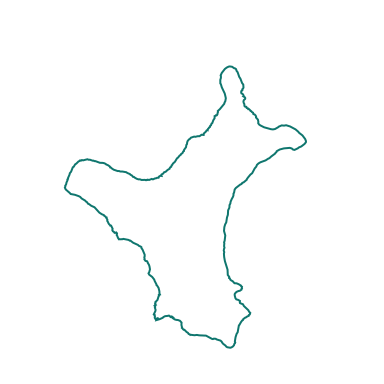 outline of Christmas Island, Australia, rotated 121°
{"feature_id": "25037944B52215188187413", "entity_name": "Christmas Island", "entity_type": "district", "adm_level": 2, "iso_a3": "AUS", "parent_name": "Australia", "parent_adm1": "", "projection": "orthographic", "projection_center": [105.63, -10.491], "detail": "fine", "context": "isolated", "style": "outline", "palette": "teal", "viewbox_px": 384, "rotation_deg": 121, "n_neighbors": 0, "source": "geoboundaries", "source_scale": "gbopen_adm2", "svg_char_len": 6015}
<svg xmlns="http://www.w3.org/2000/svg" viewBox="0 0 384 384"><g transform="rotate(121 192 192)"><path d="M265.2,81.4L264.3,82.9L263.0,88.8L262.0,90.5L262.5,93.6L262.1,94.1L260.7,94.8L260.7,96.9L261.2,98.7L260.7,100.0L258.9,101.9L257.8,102.7L257.0,102.9L254.7,102.4L253.0,101.2L252.0,100.1L250.2,99.3L249.4,99.7L249.0,99.5L248.7,99.9L247.5,100.3L247.3,101.7L247.0,101.9L247.0,104.5L247.3,106.7L248.3,108.6L247.5,111.3L247.6,112.7L247.4,114.0L246.5,115.2L246.6,116.0L245.5,116.5L244.7,118.6L240.3,121.5L234.3,128.2L231.2,130.9L228.4,132.9L226.9,133.4L225.9,134.6L224.1,135.3L223.1,135.4L221.9,136.6L219.3,137.9L218.6,138.6L217.0,138.9L212.1,141.1L208.9,144.5L205.4,146.2L202.7,146.9L200.4,147.0L195.8,148.9L193.1,149.5L189.1,151.6L186.1,151.9L183.9,153.1L182.1,153.2L180.5,153.9L177.7,154.3L175.0,154.4L173.6,154.7L172.0,155.6L170.9,155.6L167.9,156.7L166.0,156.5L160.6,154.4L159.9,153.8L158.7,153.5L158.3,153.6L157.1,152.7L153.3,151.4L152.8,151.6L151.0,151.5L147.0,150.9L144.9,150.1L139.5,150.4L137.2,150.0L135.3,150.3L133.2,149.7L131.2,148.6L127.0,145.2L124.1,143.8L123.2,143.1L120.8,142.4L116.4,140.6L115.5,140.6L114.5,140.2L113.4,140.4L110.4,138.7L107.3,135.7L103.8,130.9L103.3,128.9L103.6,127.3L103.1,125.8L100.1,123.8L98.7,123.3L96.7,121.8L92.9,120.3L90.7,120.0L89.7,120.5L88.3,122.3L86.6,126.5L86.1,130.7L85.6,132.0L85.0,135.5L85.3,141.7L86.3,145.7L87.7,147.3L88.7,149.4L91.3,151.3L91.9,151.4L95.3,153.3L96.7,154.9L97.5,156.7L99.4,163.5L99.7,167.7L99.6,169.2L99.0,170.6L97.5,171.4L96.0,172.8L95.2,175.5L94.2,176.0L93.6,177.1L93.3,178.3L93.6,179.5L92.6,180.5L92.6,181.9L92.2,182.8L92.4,183.5L92.1,183.8L91.6,185.8L92.0,186.5L91.5,187.0L91.8,188.4L91.0,189.3L91.5,190.3L91.2,191.4L89.7,192.4L88.9,193.7L87.8,194.6L86.5,194.9L84.9,194.4L84.1,194.7L83.6,195.5L83.6,197.1L83.2,196.9L82.1,198.4L81.9,199.4L82.0,200.4L81.4,201.1L80.2,201.7L78.9,201.2L78.1,201.8L77.0,201.5L75.9,201.7L73.5,203.4L72.8,205.2L69.9,208.9L69.0,210.8L65.8,214.6L65.2,216.2L64.0,217.5L63.9,219.0L64.2,219.6L64.0,222.1L64.9,224.3L65.7,225.2L67.4,226.3L69.6,227.2L74.6,227.8L77.3,227.5L77.6,227.0L79.3,226.0L81.3,225.5L84.4,223.6L84.7,222.8L86.9,220.4L90.7,214.7L92.3,213.1L94.2,211.3L97.1,210.2L98.4,210.2L99.8,209.8L106.6,210.8L109.3,211.6L110.1,210.9L111.4,210.7L111.9,210.3L113.4,210.2L113.8,210.4L113.9,211.0L114.8,211.2L115.3,211.7L117.2,210.6L119.5,210.7L122.5,210.1L123.3,210.5L125.0,210.1L125.8,210.5L127.0,210.1L128.0,210.6L128.7,210.5L129.8,210.8L130.9,210.4L130.9,210.8L131.8,211.2L133.1,211.2L135.8,212.0L137.1,211.4L138.0,213.3L140.3,214.3L141.3,215.9L143.0,217.6L143.4,218.7L146.0,220.9L147.7,221.2L148.5,221.7L150.7,222.0L152.2,221.6L153.4,221.0L154.5,221.1L156.7,220.2L159.9,220.5L161.1,220.0L161.7,220.4L163.6,220.2L165.0,220.9L165.9,220.8L167.2,221.4L169.7,221.7L170.9,222.2L174.9,222.2L177.5,223.0L179.0,222.9L179.6,223.2L181.1,222.8L181.8,223.3L183.0,223.4L183.6,223.2L185.7,224.3L188.2,225.0L189.5,226.1L191.1,226.2L192.6,227.1L193.3,227.1L193.9,226.4L194.3,227.4L195.7,228.2L197.0,228.0L197.7,229.2L198.7,229.8L199.4,230.7L201.3,232.0L201.5,233.2L203.8,235.0L204.3,236.4L204.7,236.5L205.2,237.4L205.6,237.5L205.9,238.7L207.6,241.3L208.0,243.3L208.7,244.3L209.1,245.9L209.2,248.1L209.0,249.5L209.4,250.2L208.8,252.0L208.9,253.7L208.6,254.5L209.0,257.1L208.9,258.5L210.3,262.2L211.4,264.1L211.6,265.4L212.3,266.4L213.2,270.6L213.1,273.0L212.8,274.0L213.1,274.8L212.5,275.4L212.4,276.4L212.3,277.9L212.6,279.8L212.4,280.4L212.5,281.9L213.0,283.5L214.4,286.0L215.3,290.7L215.8,291.6L215.8,292.5L216.3,293.2L216.9,296.1L217.6,297.3L217.8,298.5L221.0,301.7L221.3,302.8L222.3,303.3L222.5,304.2L223.3,304.3L224.2,305.0L227.3,305.8L228.5,306.4L231.3,306.4L232.2,306.9L236.9,306.1L238.8,306.4L240.3,305.9L243.7,305.5L244.6,305.0L245.4,305.3L246.2,304.7L248.4,304.5L250.4,303.8L251.9,303.9L252.7,303.3L253.6,303.3L254.5,302.2L255.0,300.9L255.8,296.2L256.2,295.0L254.7,290.9L253.9,287.0L253.8,285.3L254.4,283.2L254.4,279.2L254.8,277.9L254.8,276.8L255.6,275.0L255.4,273.9L255.7,271.3L255.3,267.7L257.4,260.8L257.5,257.8L257.2,255.6L257.6,255.0L257.6,253.5L258.2,252.5L257.9,252.0L258.6,251.5L259.4,250.2L260.4,249.8L261.1,248.4L261.7,247.7L262.3,246.5L262.6,245.1L262.9,244.8L262.5,244.0L264.4,241.1L265.7,240.7L266.4,239.6L266.4,238.3L266.8,237.7L266.8,236.9L265.7,236.2L266.0,235.1L266.3,234.8L267.7,234.4L268.3,233.2L269.5,231.8L269.7,230.9L270.2,230.4L268.3,227.3L267.6,226.8L265.7,221.6L265.8,220.3L265.4,219.8L265.8,216.3L265.2,211.1L265.5,209.5L265.2,208.0L265.3,207.0L266.2,206.3L266.8,204.8L270.1,200.3L271.6,199.4L272.5,199.3L273.4,198.4L274.3,198.1L275.0,196.4L274.5,194.8L275.3,193.5L275.6,193.3L276.5,191.5L277.6,190.2L279.9,188.2L282.7,187.4L284.1,187.4L284.9,186.1L285.3,182.4L286.5,179.3L287.4,178.3L289.5,174.9L290.1,174.5L290.2,173.7L291.4,171.3L293.8,168.9L295.9,167.5L296.4,166.7L297.2,167.4L297.8,166.8L298.3,167.0L302.3,166.0L305.3,166.7L305.8,166.1L306.6,166.2L307.3,165.7L307.5,164.9L308.8,165.5L309.2,164.6L309.5,164.3L310.2,164.3L311.8,162.5L312.8,162.1L316.6,161.7L316.7,160.5L317.3,160.4L317.7,159.7L319.0,159.2L319.7,157.9L319.2,157.6L318.7,156.9L318.0,156.7L317.9,156.3L318.8,156.2L319.5,156.6L320.1,156.5L317.6,154.2L314.9,152.3L313.9,152.1L312.3,151.1L310.7,149.0L309.8,148.1L310.2,145.8L309.9,145.5L309.3,145.6L309.1,145.0L309.2,144.3L309.5,144.7L310.0,143.9L310.1,141.2L309.7,139.6L309.0,138.2L308.6,136.0L309.3,133.7L311.4,132.6L313.1,130.9L313.7,130.7L313.7,130.0L314.1,129.4L314.4,128.2L314.0,127.6L314.8,124.5L314.8,123.0L315.4,121.8L315.2,120.4L315.4,119.9L315.1,119.7L313.5,116.1L312.0,114.2L311.2,112.1L307.9,106.0L307.6,99.1L307.3,98.3L306.4,97.7L305.6,96.0L305.7,95.0L304.7,91.0L305.0,89.4L305.4,89.0L306.1,87.1L306.4,84.2L306.9,82.9L306.9,81.8L305.8,79.0L304.8,78.1L303.4,77.4L301.8,77.1L300.1,77.5L299.5,77.3L298.6,77.5L298.3,78.1L297.5,78.5L294.0,79.9L290.6,80.7L288.8,80.6L282.2,83.1L281.8,82.9L278.2,83.0L276.2,82.8L275.6,82.4L274.6,82.6L272.3,81.7L271.6,81.1L270.5,80.7L268.9,79.6L268.2,79.9L267.2,79.4L265.6,79.8L265.2,81.4Z" fill="none" stroke="#0f766e" stroke-width="2"/></g></svg>